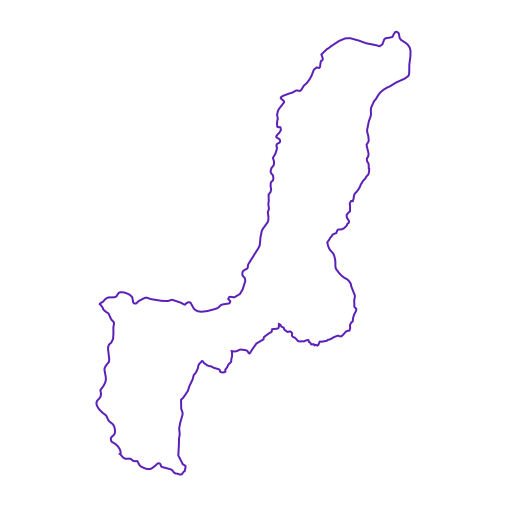 Nimaima, Cundinamarca, Colombia (orthographic projection), rotated 355°
{"feature_id": "7082276B59131277031860", "entity_name": "Nimaima", "entity_type": "district", "adm_level": 2, "iso_a3": "COL", "parent_name": "Colombia", "parent_adm1": "Cundinamarca", "projection": "orthographic", "projection_center": [-74.388, 5.135], "detail": "fine", "context": "isolated", "style": "outline", "palette": "violet", "viewbox_px": 512, "rotation_deg": 355, "n_neighbors": 0, "source": "geoboundaries", "source_scale": "gbopen_adm2", "svg_char_len": 6067}
<svg xmlns="http://www.w3.org/2000/svg" viewBox="0 0 512 512"><g transform="rotate(355 256 256)"><path d="M111.1,284.8L105.3,284.4L103.4,285.1L101.8,286.1L99.7,288.1L96.4,289.8L96.1,290.3L97.4,291.7L98.8,294.3L99.2,295.9L100.7,297.7L104.1,300.5L106.3,306.7L108.3,309.1L108.8,310.5L107.7,314.6L107.2,321.0L106.4,326.2L104.2,329.7L101.9,331.4L100.9,333.3L100.5,335.8L100.8,345.9L100.3,348.6L97.0,352.1L95.6,354.1L95.1,356.0L95.8,363.7L95.7,366.0L94.8,368.8L92.7,372.2L89.3,376.0L89.6,379.8L88.9,382.5L87.6,384.1L84.8,386.7L84.2,388.7L84.4,390.8L85.1,392.7L86.8,395.7L89.5,398.8L92.1,401.1L93.1,402.4L94.4,406.2L95.4,407.9L98.8,411.2L99.9,413.5L100.3,416.1L100.2,419.1L99.6,420.9L98.3,422.3L96.7,423.4L95.7,424.6L95.4,425.5L95.6,427.5L96.2,428.6L98.9,430.5L100.5,432.0L102.2,434.1L103.4,436.6L104.0,438.6L104.0,440.5L103.1,441.3L103.5,441.5L106.0,445.2L108.4,446.7L111.8,446.8L113.5,447.1L115.6,449.2L116.6,449.7L119.9,450.0L121.8,454.3L122.7,455.4L126.0,457.5L128.9,458.7L131.3,459.0L132.4,458.9L133.6,458.5L137.6,456.0L139.5,454.4L140.6,454.0L141.4,454.1L142.2,454.5L142.7,455.3L143.2,457.3L144.0,458.0L152.7,461.2L154.1,462.4L155.5,464.7L157.1,465.7L159.1,466.1L161.1,467.1L162.9,467.1L165.2,464.6L166.2,464.1L167.4,460.3L167.4,458.9L164.9,457.0L161.2,447.8L162.7,437.6L163.4,431.1L164.5,426.9L164.4,421.3L165.7,416.3L169.0,407.6L169.2,405.8L168.2,401.6L168.8,392.7L171.1,390.9L176.5,384.3L178.1,380.2L182.1,373.4L183.6,369.2L185.6,367.3L186.6,365.9L188.5,362.3L189.0,360.2L189.9,358.7L193.1,355.9L193.7,356.2L195.0,358.2L198.1,360.8L200.1,361.7L201.5,361.9L204.0,363.6L209.3,365.7L210.0,366.5L210.2,367.9L210.7,368.6L213.0,369.2L214.6,368.9L215.4,368.6L215.5,366.5L217.3,364.7L219.3,361.4L221.7,359.6L222.1,358.9L222.4,356.6L223.4,354.0L223.7,350.4L223.5,348.6L225.8,349.2L227.8,349.2L229.6,348.8L231.2,348.0L232.9,347.9L234.4,348.2L237.3,348.9L238.6,349.4L239.3,350.2L240.4,352.2L241.0,352.5L241.4,352.3L243.8,349.1L248.8,343.2L256.2,339.7L256.6,338.1L257.1,337.3L262.1,334.2L264.8,333.0L265.8,330.3L270.5,330.3L271.9,329.9L272.7,328.3L272.9,325.8L274.3,326.6L275.2,328.6L277.4,329.9L277.8,331.8L280.2,334.0L281.2,334.5L282.6,334.1L283.4,334.1L284.7,335.1L285.2,336.1L284.9,338.3L285.1,339.1L285.7,339.8L287.8,340.9L290.5,344.5L291.3,344.8L296.5,345.2L298.3,344.5L300.6,344.2L301.0,344.5L301.4,346.3L302.6,347.3L303.3,348.8L304.2,349.0L305.5,348.8L306.1,349.2L306.4,350.1L308.0,349.7L309.3,350.6L310.4,349.9L312.0,346.9L314.0,347.1L318.9,346.7L320.3,345.8L322.6,345.5L326.6,343.6L330.5,342.5L331.1,342.6L332.4,343.3L334.0,343.5L336.1,341.9L338.9,339.2L340.7,338.5L342.5,338.5L343.6,335.9L343.5,333.8L343.9,332.4L345.0,330.7L346.6,329.6L347.3,326.3L348.0,324.4L348.8,322.6L350.5,320.0L351.3,318.1L351.3,317.3L349.9,315.8L349.5,314.5L349.8,312.8L349.9,308.9L350.9,305.4L351.0,303.7L348.2,294.4L348.1,292.3L346.9,289.7L345.2,287.5L342.2,285.5L339.4,282.9L337.4,280.4L334.5,275.7L334.2,273.9L334.6,267.1L334.0,262.9L333.2,260.3L330.4,256.6L329.5,254.9L328.6,251.7L328.2,248.6L330.6,245.8L331.7,244.1L332.9,243.2L333.5,242.1L334.3,241.4L335.2,240.9L337.9,240.2L339.4,237.3L340.3,236.8L343.7,236.9L345.8,236.2L348.6,234.0L349.2,233.4L349.7,232.1L351.3,230.9L351.7,229.9L351.6,229.2L350.2,226.3L349.8,224.8L349.8,223.7L350.0,222.8L351.9,220.8L353.4,219.9L353.6,219.3L354.1,214.0L353.9,212.3L354.1,211.7L355.4,209.6L356.4,209.5L357.2,209.8L358.3,207.1L358.8,204.6L359.8,202.5L361.5,201.1L363.9,198.5L365.7,195.9L366.5,194.1L369.5,190.1L371.6,188.4L372.7,186.7L375.1,184.5L376.0,181.8L376.4,179.0L376.0,178.6L376.2,174.5L375.9,173.0L375.0,171.7L374.8,169.3L375.2,168.0L376.2,167.1L376.8,165.5L377.0,163.3L375.9,156.0L375.9,154.7L377.7,152.3L378.4,150.9L378.3,146.1L377.6,142.2L377.6,140.3L380.3,131.2L381.8,128.2L382.9,125.2L383.1,120.5L383.6,118.3L387.0,112.2L389.1,110.1L391.7,106.5L394.2,103.8L397.5,101.5L401.4,99.6L403.9,98.8L410.9,95.3L419.5,92.3L423.1,90.2L424.0,89.1L424.6,86.9L425.4,78.8L427.3,70.2L427.8,65.2L427.3,61.8L425.7,58.9L424.2,57.2L419.1,53.2L418.1,51.3L417.7,46.9L417.1,45.9L415.7,44.9L414.7,44.9L414.2,45.1L412.5,47.1L411.3,49.3L410.7,49.7L407.6,50.2L404.3,50.3L402.7,51.3L400.4,56.1L397.7,57.7L396.4,57.6L395.1,56.8L384.1,53.6L377.3,50.4L368.7,47.2L363.8,47.0L357.5,49.0L349.4,53.4L346.1,55.5L344.9,55.9L338.7,60.9L339.7,64.8L339.6,66.0L338.9,67.0L338.1,67.2L337.5,67.9L336.7,71.0L336.3,73.2L335.1,74.2L332.8,73.4L331.6,74.4L330.3,75.1L329.6,76.0L327.2,81.0L325.2,84.1L321.8,88.1L318.6,90.4L315.3,94.8L314.0,95.4L311.0,94.6L310.0,94.8L306.7,96.3L302.2,97.3L296.6,98.9L294.6,100.1L294.4,101.0L297.3,104.2L297.4,105.3L291.6,111.6L290.4,113.6L289.3,117.1L289.7,121.5L289.1,122.5L288.5,125.7L288.4,128.8L288.7,129.3L289.3,129.6L291.1,129.7L291.6,130.1L291.8,132.7L289.8,135.5L288.6,136.3L287.1,137.9L286.7,138.5L286.5,139.2L286.9,139.7L289.0,141.2L289.6,142.0L290.0,142.6L290.0,144.0L289.3,145.1L286.8,146.1L286.4,146.6L285.9,148.2L286.4,149.6L285.9,151.8L284.3,155.6L281.4,159.8L282.2,163.5L281.9,165.9L281.4,167.3L279.1,169.7L278.0,172.5L277.9,173.5L278.4,175.1L279.9,177.1L280.1,180.1L279.6,182.0L277.4,183.8L277.1,184.4L276.6,187.4L276.9,191.2L276.0,193.6L273.9,196.0L273.5,202.1L272.8,205.6L273.0,209.3L272.8,211.0L271.6,213.1L271.8,218.9L271.3,221.7L270.5,223.4L264.9,229.9L263.9,231.7L262.1,237.7L260.7,245.6L259.2,248.2L248.5,262.3L247.4,263.9L246.6,267.2L246.0,267.8L243.0,269.1L241.4,270.3L240.8,272.4L240.8,273.7L241.2,274.8L242.7,276.6L243.1,277.8L243.1,280.1L239.9,287.9L236.7,292.4L230.8,295.3L227.0,294.4L226.0,294.5L225.5,294.8L224.8,295.9L224.7,296.6L226.2,298.4L226.4,299.2L226.0,300.1L225.1,300.9L219.1,301.3L217.0,301.7L214.1,304.0L212.8,304.7L209.7,305.4L202.8,306.6L197.0,306.8L193.6,306.1L191.5,305.0L189.5,303.1L186.9,297.2L186.1,296.4L184.3,296.2L182.1,297.2L181.2,298.2L180.5,298.2L176.7,295.8L168.9,292.4L167.5,292.4L164.5,293.2L158.4,292.5L147.9,289.9L143.2,287.9L141.9,288.0L140.1,288.6L135.1,290.7L132.6,292.8L131.5,292.8L130.3,292.5L129.6,291.4L129.2,286.8L128.6,285.6L126.7,283.5L124.3,282.1L121.7,280.9L119.7,280.5L117.5,280.3L115.9,280.8L113.3,284.2L111.1,284.8Z" fill="none" stroke="#5b21b6" stroke-width="2"/></g></svg>